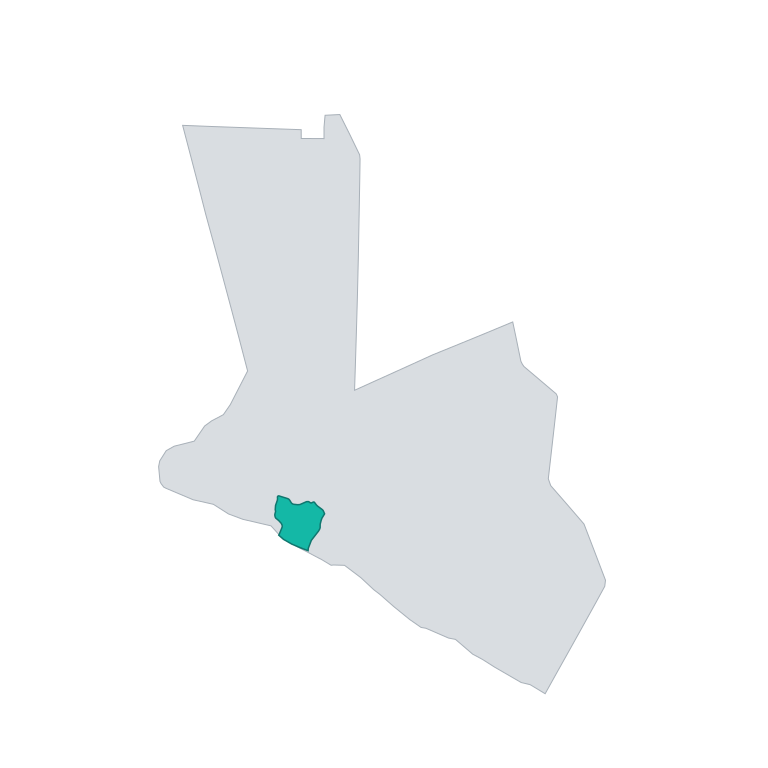 Jordan, with Madaba highlighted, rotated 289°
{"feature_id": "JOR-858", "entity_name": "Madaba", "entity_type": "Province", "adm_level": 1, "iso_a3": "JOR", "parent_name": "Jordan", "parent_adm1": "", "projection": "orthographic", "projection_center": [35.711, 31.597], "detail": "fine", "context": "in_parent", "style": "filled", "palette": "teal", "viewbox_px": 768, "rotation_deg": 289, "n_neighbors": 0, "source": "natural_earth", "source_scale": "10m", "svg_char_len": 2105}
<svg xmlns="http://www.w3.org/2000/svg" viewBox="0 0 768 768"><g transform="rotate(289 384 384)"><path d="M238.3,197.0L250.1,199.8L256.9,205.9L268.2,223.2L285.9,228.1L293.0,233.0L302.7,242.1L314.5,245.4L351.9,250.8L381.4,231.2L406.3,214.5L434.5,195.5L453.6,182.6L486.1,160.4L507.4,146.4L535.4,127.8L563.0,109.4L571.6,138.0L580.1,165.9L588.9,194.8L597.5,222.9L589.2,225.8L596.5,247.4L607.2,243.7L618.9,240.8L624.4,254.5L608.6,270.6L592.8,286.3L589.0,288.1L567.9,295.0L524.7,309.0L495.7,318.4L458.6,330.2L427.6,339.9L397.0,349.4L368.5,358.2L385.1,375.8L410.4,402.6L427.3,420.4L447.4,443.4L465.4,463.9L484.6,485.5L471.6,493.3L450.1,506.0L447.9,508.2L446.1,510.6L437.5,532.7L430.7,550.1L428.3,552.3L398.0,559.1L367.3,565.9L347.9,570.2L342.2,574.7L329.7,596.4L316.7,618.7L294.9,637.0L270.6,657.3L264.6,658.6L246.9,655.6L216.8,650.3L187.7,645.1L167.8,641.5L143.6,637.2L147.3,620.1L146.4,610.9L152.3,580.8L155.7,566.5L157.4,555.9L165.8,534.7L164.8,527.7L166.7,503.1L165.9,498.3L169.7,484.9L176.8,465.5L183.7,448.7L186.2,441.2L193.3,425.3L199.7,405.7L196.4,395.1L195.4,393.0L198.0,380.7L197.9,380.6L201.0,360.6L202.7,349.7L206.5,335.4L213.1,323.3L210.1,294.7L210.5,279.3L214.7,261.8L212.4,241.2L214.4,212.0L214.8,209.3L217.2,205.7L219.0,203.9L232.5,197.8L238.3,197.0Z" fill="#d9dde1" stroke="#a8b0b8" stroke-width="1"/><path d="M201.7,366.5L201.9,359.0L201.9,358.9L201.9,359.0L202.0,358.9L201.9,358.6L202.6,348.9L204.4,339.5L206.8,333.7L208.2,333.9L215.8,334.3L217.4,333.6L218.8,332.2L220.6,328.9L221.9,325.4L222.6,324.6L223.9,323.7L225.3,323.2L228.2,323.0L229.7,322.1L233.8,321.0L239.4,321.0L241.1,320.6L242.5,320.0L243.3,320.1L244.0,320.9L244.3,330.3L244.1,331.5L243.4,332.7L241.5,335.0L241.0,336.0L240.8,337.2L241.0,338.4L241.8,341.8L242.7,343.8L247.5,349.0L248.2,350.7L248.1,351.9L247.7,352.9L247.8,353.9L248.5,354.7L249.4,355.6L249.6,356.4L249.2,357.2L247.7,359.4L247.0,360.8L245.1,366.7L244.6,367.6L243.7,368.5L243.1,369.0L241.9,370.1L236.9,369.0L234.5,369.0L230.7,369.3L227.3,370.4L225.8,370.4L223.7,370.0L212.5,366.2L204.1,365.9L201.7,366.5Z" fill="#14b8a6" stroke="#0f766e" stroke-width="1.5"/></g></svg>